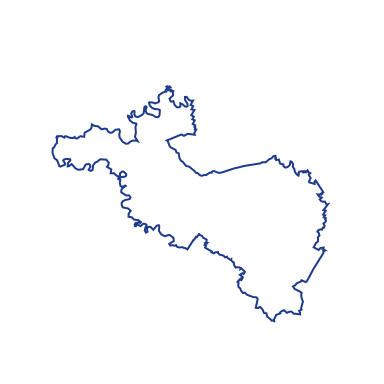 the district of Isla, Veracruz, Mexico, rotated 292°
{"feature_id": "50627088B66667085397963", "entity_name": "Isla", "entity_type": "district", "adm_level": 2, "iso_a3": "MEX", "parent_name": "Mexico", "parent_adm1": "Veracruz", "projection": "natural_earth1", "projection_center": [-95.557, 18.123], "detail": "fine", "context": "isolated", "style": "outline", "palette": "blue", "viewbox_px": 384, "rotation_deg": 292, "n_neighbors": 0, "source": "geoboundaries", "source_scale": "gbopen_adm2", "svg_char_len": 6104}
<svg xmlns="http://www.w3.org/2000/svg" viewBox="0 0 384 384"><g transform="rotate(292 192 192)"><path d="M280.7,129.3L280.1,128.8L279.4,130.0L276.2,129.4L275.4,130.4L273.3,127.7L269.5,125.1L267.0,125.5L264.0,127.5L262.7,127.3L260.3,124.6L260.2,121.7L259.3,119.0L258.6,118.7L256.4,120.5L255.0,123.4L255.0,126.3L256.1,129.9L255.9,131.5L251.2,133.1L249.2,132.9L248.2,131.6L247.9,129.8L248.6,126.8L247.9,121.6L248.3,120.1L250.2,118.4L253.7,118.1L254.2,117.0L253.4,116.1L252.6,116.1L246.8,117.7L244.8,116.8L241.4,114.0L240.8,112.2L241.2,110.6L242.6,109.4L245.3,108.5L245.2,107.5L244.2,106.5L242.0,106.2L239.2,108.6L238.6,108.3L238.3,106.6L238.8,105.4L238.7,104.1L237.9,104.3L234.9,107.9L234.0,111.6L234.6,114.6L234.2,115.0L230.9,115.3L225.9,117.8L221.8,118.4L218.8,122.6L218.8,121.0L217.4,117.8L215.6,115.9L213.0,114.6L212.0,112.7L212.5,109.0L215.3,104.6L217.8,103.1L221.4,102.4L222.8,100.9L221.1,97.8L217.3,95.8L216.3,94.2L216.5,91.7L218.5,89.3L218.0,87.2L216.2,84.6L217.7,80.3L216.7,76.5L217.2,73.9L213.7,74.7L211.9,74.4L206.8,70.3L202.8,71.3L201.9,67.6L198.4,65.3L198.2,63.6L199.1,62.6L197.4,61.4L196.5,58.5L196.5,54.4L196.2,53.5L194.5,53.2L195.0,50.3L193.2,46.0L192.0,45.9L192.4,46.8L190.6,46.9L186.6,48.5L185.2,47.7L181.6,47.4L180.4,46.5L176.1,48.0L171.8,51.8L170.9,55.0L166.3,59.4L166.3,60.5L169.7,63.9L171.0,63.5L172.9,60.8L174.0,61.0L175.6,63.0L176.7,66.7L175.9,67.3L172.3,66.2L169.2,67.1L169.8,68.2L172.8,69.9L170.2,75.2L170.0,78.2L172.4,82.5L177.7,83.2L179.3,85.8L179.2,86.9L177.6,88.3L173.8,87.9L173.6,90.3L175.3,91.6L179.7,90.3L183.2,91.3L184.2,92.5L187.9,94.6L189.9,100.5L188.0,103.8L185.4,104.4L183.5,103.7L182.7,108.7L178.9,109.6L180.1,112.6L178.8,116.5L179.2,119.6L182.2,118.2L185.0,119.7L185.1,121.5L184.0,124.3L182.6,124.8L181.3,124.4L178.4,119.3L177.1,118.5L176.2,118.9L176.8,120.7L176.4,121.1L173.7,121.5L170.7,123.5L170.6,124.8L171.6,126.6L173.0,127.6L172.8,128.3L168.9,125.8L167.0,125.8L165.2,126.6L164.1,132.2L165.3,135.0L163.8,137.1L162.1,136.8L159.5,133.0L157.5,131.3L155.7,130.9L153.9,131.5L151.8,133.4L152.8,139.1L151.6,142.2L148.2,141.4L145.3,142.4L146.0,145.5L144.7,148.8L145.8,152.8L144.9,156.0L143.9,155.6L143.6,153.7L142.2,151.4L140.4,151.0L139.0,151.9L139.3,152.8L141.5,153.3L141.1,157.1L144.3,158.7L144.9,160.8L144.2,162.4L141.5,162.1L138.6,162.6L137.1,164.6L138.4,165.6L140.9,164.1L142.8,164.1L143.6,165.0L144.0,166.8L142.5,170.3L147.4,171.8L148.8,173.6L148.0,174.5L143.6,175.9L141.2,179.3L140.8,183.4L143.3,186.3L143.7,187.7L142.6,191.9L139.8,193.5L135.4,190.3L134.2,191.9L135.4,194.0L135.7,196.2L136.8,197.2L135.5,199.0L135.9,201.2L137.3,203.9L137.0,205.6L137.5,206.5L137.0,209.2L148.5,211.4L148.7,211.0L148.7,211.9L152.0,212.5L151.9,213.4L155.6,214.2L155.7,214.6L155.0,215.2L155.1,217.7L153.8,219.4L153.4,223.4L150.9,224.0L150.8,224.9L150.2,224.1L149.8,224.7L149.3,223.3L148.5,224.0L147.6,223.6L147.4,225.1L145.3,224.9L144.3,232.7L143.5,232.6L143.2,235.1L144.9,236.4L146.0,238.6L145.1,239.1L144.3,240.9L144.8,245.2L143.8,247.0L145.0,248.5L144.5,248.7L143.9,251.1L143.5,253.3L144.1,253.6L143.4,253.8L142.3,256.3L142.4,257.1L139.9,258.4L138.3,260.9L139.0,261.6L139.9,264.4L139.7,265.7L138.9,265.8L139.7,266.3L137.8,271.0L135.2,270.5L135.6,269.2L133.2,267.4L132.1,270.9L130.8,270.3L130.5,269.2L130.5,271.0L128.7,270.7L128.8,268.8L126.2,268.6L126.5,268.1L125.7,267.8L124.9,269.3L122.5,269.9L121.2,271.0L120.7,272.8L118.8,274.6L117.5,277.2L118.5,278.7L117.3,281.7L117.5,288.2L118.5,291.3L117.3,293.0L108.5,294.5L109.2,296.9L110.8,297.9L110.9,298.6L109.4,301.5L106.8,304.1L107.4,306.4L104.5,308.6L103.4,312.6L102.5,314.0L103.4,315.2L102.5,317.3L104.0,315.8L109.6,316.1L112.5,319.3L113.0,318.8L114.2,319.1L116.9,321.5L115.5,325.2L117.1,326.7L118.4,328.8L117.2,332.4L117.9,333.4L119.0,338.1L120.6,337.4L122.0,335.8L124.0,337.7L125.3,336.6L132.0,335.9L134.7,333.3L138.2,331.5L139.4,331.6L140.0,330.2L140.6,323.3L142.3,321.0L144.1,322.6L146.4,323.2L149.9,326.6L151.2,326.6L151.1,331.1L152.4,332.0L165.9,333.4L184.6,336.7L186.3,336.1L187.1,336.9L187.3,335.9L187.8,337.0L188.1,335.4L189.8,334.9L188.1,332.0L185.7,331.2L186.3,325.5L191.1,326.1L193.4,327.3L197.4,325.7L199.4,326.5L201.8,324.6L202.2,323.1L203.9,323.4L205.4,325.0L205.8,326.6L207.9,326.6L208.3,327.8L210.4,327.6L211.9,325.7L214.4,327.0L215.9,326.8L216.7,325.6L217.9,325.8L217.9,323.6L220.3,324.2L220.1,322.0L224.8,323.0L224.4,320.7L231.5,322.6L230.7,321.6L232.9,318.7L232.1,317.4L231.9,315.1L233.0,313.3L235.4,314.4L235.3,311.8L236.9,309.4L237.9,312.8L238.7,312.3L239.3,313.4L239.9,312.9L241.0,313.8L249.0,302.3L247.4,301.8L245.4,302.7L244.9,297.1L245.6,296.5L249.3,296.8L251.8,293.8L253.8,294.6L254.1,290.7L254.8,291.6L255.4,291.0L253.7,290.3L253.5,288.7L253.4,290.1L252.8,290.1L252.8,288.3L252.0,288.3L251.8,287.7L253.1,287.6L251.1,283.8L249.5,283.6L248.6,284.4L247.1,284.6L247.6,282.2L249.4,279.7L251.5,278.4L253.1,276.0L255.3,275.6L257.3,273.3L257.3,271.9L253.6,272.5L251.8,271.8L250.1,270.4L249.6,268.7L250.4,267.1L251.8,266.4L251.3,263.0L254.6,260.4L253.2,258.1L253.9,257.8L253.9,256.8L255.5,256.8L255.6,256.1L256.8,255.7L255.6,254.0L253.1,253.2L251.3,251.3L247.2,249.3L245.8,245.8L244.3,244.9L235.8,230.8L229.3,221.8L220.7,211.6L219.7,209.5L219.7,204.8L219.2,203.7L218.3,202.9L217.3,203.1L216.5,201.1L213.0,198.8L212.2,196.8L210.7,195.1L210.5,193.0L211.7,190.0L211.1,188.9L212.8,185.3L214.4,179.9L214.0,176.7L216.6,172.0L216.9,170.0L218.7,167.7L222.9,165.2L222.9,162.7L224.9,161.0L225.3,156.2L226.2,154.0L230.0,150.6L230.3,149.3L241.0,160.3L241.4,161.1L241.0,163.5L244.3,166.1L246.1,173.1L247.4,172.0L251.5,172.5L251.2,171.2L253.2,170.9L253.3,169.8L255.0,170.0L255.3,167.2L259.5,167.7L259.5,165.0L262.6,165.4L262.9,162.6L269.0,163.5L268.4,160.5L272.1,160.9L272.2,158.1L277.1,158.7L276.2,156.8L276.1,155.0L278.2,151.3L277.5,149.9L274.6,151.2L272.0,154.9L269.9,155.7L269.0,155.0L268.7,153.4L269.9,149.9L269.9,147.9L267.0,149.2L265.7,148.4L264.9,146.1L266.3,143.2L269.3,140.7L267.9,138.8L268.3,137.9L270.2,136.2L274.4,138.2L277.4,137.1L277.8,136.3L277.0,133.7L278.6,136.0L278.8,134.6L277.4,131.7L279.5,131.2L280.8,133.0L281.5,131.6L280.4,130.0L280.7,129.3Z" fill="none" stroke="#1e3a8a" stroke-width="2"/></g></svg>